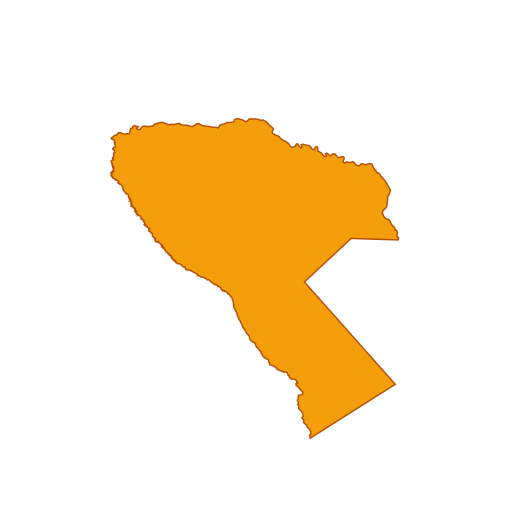 Senanga, Western, Zambia (Equal Earth projection), rotated 118°
{"feature_id": "96606910B84216604788069", "entity_name": "Senanga", "entity_type": "district", "adm_level": 2, "iso_a3": "ZMB", "parent_name": "Zambia", "parent_adm1": "Western", "projection": "equal_earth", "projection_center": [23.97, -16.023], "detail": "fine", "context": "isolated", "style": "filled", "palette": "amber", "viewbox_px": 512, "rotation_deg": 118, "n_neighbors": 0, "source": "geoboundaries", "source_scale": "gbopen_adm2", "svg_char_len": 6169}
<svg xmlns="http://www.w3.org/2000/svg" viewBox="0 0 512 512"><g transform="rotate(118 256 256)"><path d="M303.9,72.8L256.2,201.1L195.8,180.2L175.1,138.1L173.2,138.4L172.1,141.3L169.2,141.7L167.3,144.0L167.7,145.4L165.8,147.0L164.6,151.2L162.3,154.1L161.4,156.0L162.1,158.9L161.1,161.9L158.6,164.6L156.3,165.2L151.8,163.6L140.9,167.7L139.0,167.4L134.8,168.1L129.1,177.2L126.8,183.3L125.6,185.2L125.2,186.6L125.6,188.1L125.2,189.3L124.1,190.5L124.1,191.4L122.5,194.3L120.6,196.6L120.9,199.0L124.1,202.2L124.7,206.0L128.0,207.3L128.6,209.1L128.4,211.2L127.3,213.4L127.4,214.9L129.4,216.7L130.4,220.2L132.3,221.4L132.3,222.9L131.7,223.5L128.3,224.0L127.5,224.9L127.5,226.3L130.2,229.0L130.4,230.0L128.9,234.2L129.0,235.0L129.9,236.1L132.3,237.2L132.7,238.1L132.0,240.7L132.1,242.2L133.2,242.7L134.5,240.7L135.5,241.0L135.9,241.8L135.6,243.6L134.4,246.7L134.4,250.7L131.2,252.4L130.9,253.6L131.9,254.7L134.6,254.4L135.0,255.0L135.3,256.9L133.9,259.3L133.7,260.8L135.4,267.1L136.5,268.3L138.2,266.5L139.1,266.7L139.4,267.4L138.4,270.5L137.5,271.5L137.8,272.6L138.8,273.0L140.4,272.6L142.8,274.9L143.2,276.2L143.0,277.4L141.5,279.6L140.9,283.4L141.1,288.0L139.5,292.5L140.0,294.4L140.0,298.5L139.3,299.8L136.0,300.3L135.0,301.3L134.3,305.7L132.8,309.2L132.6,313.8L134.0,315.2L134.2,317.9L135.2,320.8L138.2,326.3L140.8,327.0L142.2,328.1L142.2,332.2L142.8,333.5L143.0,335.8L144.0,337.9L145.7,338.9L147.8,338.6L148.6,338.9L151.7,344.2L154.0,345.8L157.1,349.1L160.7,349.5L161.2,351.9L162.7,354.5L163.4,357.7L166.0,364.1L166.0,368.8L167.2,370.4L171.7,373.0L173.3,379.4L174.3,380.7L175.0,382.7L175.2,384.0L174.8,385.8L177.5,389.3L178.6,389.9L179.2,392.1L181.1,394.6L181.9,401.2L182.6,402.5L187.2,407.5L189.5,408.1L190.3,408.8L192.8,412.9L193.6,415.4L194.9,417.0L198.9,418.2L199.6,418.9L199.8,420.0L199.4,421.2L197.1,420.7L197.7,422.4L197.8,424.3L199.3,425.5L201.4,425.4L202.3,426.6L207.5,425.1L208.9,427.8L209.6,428.1L210.7,431.2L210.7,433.6L211.7,435.3L214.6,435.8L216.2,437.7L217.0,437.6L219.7,439.2L220.5,438.7L220.1,437.5L220.5,436.5L220.2,435.4L220.8,434.6L222.1,434.5L222.4,433.7L223.6,433.7L224.1,432.4L225.1,431.7L225.9,431.5L227.3,432.7L228.8,432.7L229.0,431.3L230.6,429.4L231.9,429.9L235.1,428.4L236.8,428.7L236.9,427.7L237.6,427.3L237.8,427.7L238.1,427.1L240.1,428.5L241.7,427.2L241.5,426.4L242.6,426.0L243.2,425.1L243.4,425.4L243.8,424.2L244.0,424.7L244.6,423.9L244.7,424.3L245.0,424.1L245.8,423.0L245.7,422.4L247.5,422.5L247.7,421.8L248.1,422.2L248.4,421.5L248.8,422.1L249.5,422.1L249.5,422.5L250.0,422.3L250.0,422.7L250.6,423.1L250.9,422.1L251.4,422.6L252.0,421.6L252.8,421.7L253.0,421.0L253.4,421.0L253.4,420.0L253.7,420.3L254.3,419.1L254.1,417.4L254.5,416.9L254.2,416.6L254.8,415.5L254.6,414.5L254.0,414.2L254.7,412.2L255.6,411.6L255.9,412.3L256.3,412.2L256.6,410.1L256.2,409.2L257.0,407.2L258.4,405.2L259.2,405.3L261.1,402.1L261.4,400.7L262.1,400.0L261.6,397.6L264.0,396.1L263.7,395.7L264.5,395.0L264.2,394.6L265.0,394.3L264.9,393.6L265.3,393.8L265.2,393.1L265.8,392.6L266.4,393.0L266.2,392.6L266.6,392.6L266.5,391.9L267.5,391.6L267.6,390.8L268.2,390.9L268.6,390.1L268.8,390.5L269.0,390.0L269.2,390.5L269.7,390.4L270.2,389.8L269.9,389.5L270.6,389.4L270.3,388.9L270.5,387.8L270.2,387.4L270.7,387.2L270.7,386.5L270.5,386.0L270.8,386.3L270.7,385.5L271.3,385.5L271.3,384.4L271.9,384.6L271.8,385.1L272.4,384.5L272.4,383.8L273.1,383.5L272.9,383.0L273.3,383.3L273.1,382.5L274.2,382.5L273.9,381.7L274.4,380.9L275.1,380.9L275.0,378.5L275.5,378.8L274.9,377.4L276.0,375.3L277.3,375.0L276.9,372.8L277.4,372.6L277.4,371.5L278.3,371.6L279.8,368.8L280.5,369.2L280.4,368.5L281.1,368.8L281.5,366.7L281.1,366.7L281.0,365.9L281.5,365.6L281.6,363.2L281.9,363.4L282.0,362.7L282.7,363.1L283.7,362.8L283.6,362.6L283.6,362.4L284.3,362.1L284.4,360.9L284.0,360.4L284.7,359.6L285.2,357.7L287.0,356.8L287.8,354.2L287.7,352.9L288.5,352.5L288.5,352.9L289.4,352.9L289.5,351.9L290.4,351.3L290.1,351.0L290.1,349.3L289.6,348.7L289.0,348.9L289.1,348.4L289.9,347.6L289.9,346.3L290.6,345.0L290.4,344.6L290.7,344.7L291.0,343.7L291.2,344.2L291.9,343.9L291.5,343.6L292.5,342.4L292.1,342.0L292.3,341.9L292.0,341.4L292.5,341.3L292.3,340.6L293.2,339.8L293.2,339.0L294.0,338.4L294.0,337.5L294.6,337.3L294.4,336.2L294.7,336.6L294.5,336.1L295.2,335.2L295.2,334.4L294.7,334.2L295.5,333.6L295.4,333.0L296.1,332.7L295.5,331.7L295.9,331.5L295.7,330.2L296.3,330.2L296.7,329.6L297.2,330.0L297.5,329.2L297.1,329.1L297.9,328.2L297.7,327.9L298.2,327.3L298.1,326.5L298.4,326.8L298.7,326.0L298.7,324.7L298.4,324.6L299.2,323.0L299.4,323.2L299.6,321.3L298.8,320.2L298.7,318.0L299.1,317.8L299.8,315.3L299.1,313.9L299.6,313.5L299.7,312.5L300.9,311.8L300.6,309.9L299.5,308.0L299.6,306.2L299.2,306.0L299.6,305.2L299.5,299.9L300.1,298.8L300.8,298.6L300.1,297.7L300.3,294.3L299.3,292.5L299.7,291.3L299.3,289.6L300.1,288.2L299.1,286.4L299.9,284.0L300.6,278.8L299.9,278.3L300.3,275.8L300.8,275.5L300.3,273.8L300.7,271.8L301.6,271.3L301.9,270.3L301.6,269.9L302.3,269.0L301.9,268.9L302.1,267.1L301.3,266.8L301.2,265.8L301.6,265.5L301.8,263.7L302.2,263.7L302.7,262.8L302.4,261.6L303.6,259.8L303.7,258.4L305.3,256.3L305.9,256.2L306.1,255.3L312.3,251.0L313.3,248.9L314.2,248.1L314.2,247.5L318.0,243.8L320.4,240.6L320.7,239.4L321.5,238.9L322.8,236.6L325.3,234.0L326.5,231.0L328.4,228.5L330.0,224.3L332.3,222.3L333.0,221.0L333.5,218.8L333.2,217.6L333.6,216.3L333.3,215.4L334.8,214.7L336.3,212.3L336.4,210.9L337.2,209.9L338.3,206.3L338.8,206.3L341.2,202.8L341.9,199.7L341.7,196.7L343.6,195.0L344.0,193.7L345.5,192.8L344.7,188.5L345.1,187.4L344.8,186.0L345.7,185.1L346.1,183.5L345.9,181.1L345.3,179.6L345.7,179.1L345.3,178.0L345.7,177.3L344.3,174.9L344.7,173.3L346.3,171.5L346.3,170.1L347.1,169.9L348.0,168.1L347.7,166.0L346.7,164.3L347.0,161.6L347.7,161.0L348.4,159.6L349.0,159.5L349.1,160.2L349.9,160.8L351.6,159.6L351.6,157.6L353.0,155.0L353.1,153.7L353.7,153.1L353.7,152.1L354.4,150.6L356.3,150.1L358.6,152.3L358.7,152.8L359.6,153.0L361.5,151.9L364.0,151.7L365.5,149.6L367.7,149.3L368.2,147.8L370.5,146.8L371.6,143.3L373.3,140.6L375.6,139.1L377.2,139.6L378.5,136.7L380.7,135.8L381.9,131.3L383.1,130.3L383.5,128.1L385.0,125.4L386.9,124.2L388.7,124.6L391.4,122.6L303.9,72.8Z" fill="#f59e0b" stroke="#b45309" stroke-width="1.5"/></g></svg>